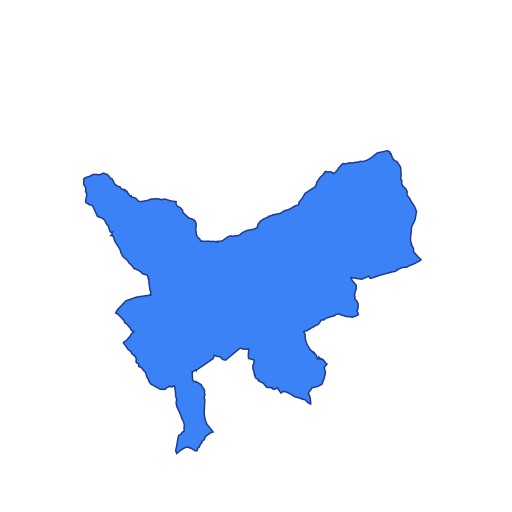 Chirpar, Sibiu, Romania (orthographic projection), rotated 239°
{"feature_id": "2599482B69447881154639", "entity_name": "Chirpar", "entity_type": "district", "adm_level": 2, "iso_a3": "ROU", "parent_name": "Romania", "parent_adm1": "Sibiu", "projection": "orthographic", "projection_center": [24.592, 45.895], "detail": "fine", "context": "isolated", "style": "filled", "palette": "blue", "viewbox_px": 512, "rotation_deg": 239, "n_neighbors": 0, "source": "geoboundaries", "source_scale": "gbopen_adm2", "svg_char_len": 6147}
<svg xmlns="http://www.w3.org/2000/svg" viewBox="0 0 512 512"><g transform="rotate(239 256 256)"><path d="M278.5,422.9L281.9,413.0L280.8,404.6L280.9,400.5L281.8,396.4L282.9,395.1L283.6,393.5L283.9,391.5L284.9,390.1L286.1,386.4L287.8,384.0L288.1,383.1L288.0,382.8L289.5,379.0L290.5,378.2L290.0,375.8L288.7,371.8L288.0,370.6L287.0,367.9L287.0,366.5L286.6,364.9L288.5,364.3L289.8,363.3L291.5,360.0L292.7,359.4L292.5,358.0L291.7,357.3L291.8,356.5L291.2,355.5L290.0,350.3L289.2,349.2L287.8,345.9L286.8,345.3L284.7,341.9L284.8,339.4L284.4,330.3L281.8,325.8L280.0,320.6L278.5,319.4L277.9,318.4L278.8,315.5L278.9,308.6L279.4,306.0L280.2,304.1L280.0,299.0L280.7,296.6L281.6,294.9L281.5,293.7L282.7,291.9L282.5,291.0L283.4,287.7L283.3,284.8L283.8,281.7L283.6,278.1L283.1,276.0L281.9,273.8L279.9,271.8L279.8,269.4L280.6,266.3L282.4,262.0L283.0,257.3L282.9,255.0L282.4,253.0L282.7,251.2L284.0,248.6L285.0,246.0L286.1,245.0L286.6,243.9L286.9,241.5L286.3,234.6L289.0,229.2L288.4,229.4L290.4,227.2L291.7,224.7L292.8,223.5L294.3,221.0L294.9,219.5L296.3,218.0L296.9,216.4L299.7,216.5L302.5,215.6L305.0,215.9L310.5,218.4L311.8,219.7L314.7,221.4L317.9,221.8L320.5,220.4L323.3,217.9L330.6,215.8L331.9,216.0L332.8,216.6L334.7,216.4L336.7,215.9L338.8,214.4L340.2,214.1L342.5,214.5L343.8,215.6L346.5,211.9L351.6,207.3L352.3,206.1L352.8,204.1L354.5,202.7L356.3,200.2L358.7,195.7L359.2,193.9L359.2,192.6L360.2,189.8L361.9,185.4L363.2,183.6L367.4,182.7L371.4,179.3L371.8,179.7L371.8,179.4L372.4,179.0L373.9,178.6L374.3,178.8L374.3,178.6L375.5,178.3L375.8,178.6L378.1,178.7L378.5,178.2L379.3,178.0L379.1,177.7L380.2,177.9L380.7,177.4L380.6,176.9L381.0,176.7L380.8,176.5L381.6,176.3L383.0,175.1L385.6,175.0L386.4,173.6L388.5,172.8L389.7,171.9L396.2,172.4L397.5,171.2L401.0,171.0L402.6,170.5L403.6,169.2L405.1,168.5L405.6,167.8L406.1,163.8L408.7,160.4L409.9,157.9L409.9,154.8L411.0,150.5L410.8,148.1L406.0,145.1L403.2,145.4L400.5,144.3L398.8,143.0L396.9,143.2L394.2,141.3L390.8,138.2L389.2,137.7L387.1,139.0L386.0,139.3L385.1,140.6L383.0,141.8L371.5,140.5L367.8,143.6L364.8,144.7L359.7,144.4L358.8,144.5L358.2,145.0L352.5,143.5L351.4,143.6L350.6,144.5L350.5,145.0L350.2,144.4L348.6,144.0L348.6,143.3L348.1,143.1L348.2,142.4L346.9,143.5L345.8,143.7L341.2,142.6L331.3,142.8L328.5,141.9L323.8,141.7L318.7,143.5L315.1,143.6L312.8,144.5L307.6,145.1L307.3,146.0L305.8,146.7L303.4,148.4L302.4,148.6L301.5,149.3L299.5,149.4L296.1,152.5L294.8,152.9L292.1,152.2L292.0,151.9L290.5,152.1L289.7,151.2L288.6,150.6L281.2,147.5L279.4,147.4L277.8,146.0L276.7,145.9L282.3,132.4L284.6,121.5L281.6,110.7L280.7,108.3L279.3,106.3L277.6,107.5L273.2,108.7L268.7,109.6L266.4,109.2L264.2,110.2L258.6,111.1L256.6,110.9L254.2,112.5L253.9,112.1L253.8,110.0L251.9,106.1L250.2,101.0L250.4,98.7L249.8,97.5L244.6,98.2L241.8,98.2L238.3,99.6L236.5,99.2L232.2,100.8L229.5,100.4L226.9,98.5L225.4,98.9L224.0,99.9L221.8,98.5L219.3,100.3L215.5,100.7L213.2,101.4L207.9,100.0L206.6,100.4L204.4,99.8L200.6,99.8L191.0,105.4L188.4,109.7L189.1,111.0L188.8,113.7L189.2,114.8L187.3,115.8L186.7,119.2L186.4,119.2L179.7,116.4L177.4,115.0L174.0,114.2L171.4,112.0L168.1,110.6L159.5,109.7L154.8,108.7L152.2,108.7L148.1,107.6L146.0,105.9L143.1,104.4L142.8,101.7L141.8,99.8L142.0,97.4L141.3,96.5L132.1,88.4L130.9,87.0L127.5,86.3L128.1,90.3L128.5,91.2L128.2,92.3L128.4,95.1L128.0,97.9L126.6,99.9L125.3,100.4L125.1,101.1L120.3,103.6L119.5,105.2L121.5,107.4L121.3,108.7L123.6,111.9L123.5,112.7L123.8,113.3L124.9,114.1L124.8,114.7L125.2,115.2L125.2,116.9L127.1,119.6L127.7,122.4L127.5,123.8L128.0,125.1L127.3,128.6L137.5,127.3L140.4,127.8L144.7,129.1L148.9,131.2L159.3,138.2L160.9,138.3L162.3,139.5L163.1,140.7L165.3,141.3L167.1,142.6L168.5,142.9L171.7,142.5L173.8,142.8L179.5,139.8L179.6,138.9L180.2,137.9L181.1,138.1L182.0,137.7L187.3,140.3L188.5,141.3L189.5,141.4L189.3,145.6L188.3,145.8L188.9,146.3L190.1,166.4L192.5,169.1L190.9,170.1L188.1,173.2L186.7,173.8L185.7,173.7L184.2,174.4L182.4,176.3L185.1,193.9L185.1,195.2L184.8,195.8L183.0,196.7L179.8,201.9L175.3,198.5L172.0,196.8L169.6,199.3L167.5,200.9L164.7,198.4L163.7,196.8L161.1,195.4L159.1,195.0L158.3,194.5L157.1,194.4L154.4,193.3L154.0,193.7L153.8,193.2L152.0,193.0L151.0,193.0L149.2,194.4L148.1,193.9L147.2,194.0L146.3,194.9L142.9,196.8L137.9,197.5L137.3,198.7L136.4,199.4L136.2,200.5L135.0,201.1L134.9,202.1L133.7,201.8L132.7,202.4L132.0,204.1L132.3,205.2L132.2,206.3L125.7,206.8L125.8,209.9L123.6,212.1L119.9,214.5L115.3,216.8L111.4,220.6L109.6,221.7L107.6,224.0L103.7,224.9L101.0,226.5L102.3,227.5L107.7,229.8L111.5,230.2L114.1,236.3L112.4,241.7L112.1,246.4L115.9,251.3L119.9,255.2L120.7,255.7L125.3,257.0L126.8,261.2L127.9,260.6L129.8,260.6L133.5,259.8L133.7,259.2L135.4,258.1L136.6,257.9L135.6,257.5L135.1,258.1L134.2,258.3L136.0,256.6L135.8,255.9L136.6,255.7L137.4,256.3L140.5,256.1L140.7,256.5L142.4,255.6L142.7,255.8L142.5,256.1L143.0,256.2L144.3,255.7L144.3,255.3L147.3,254.5L147.6,254.1L148.1,254.0L149.2,254.4L149.9,254.1L153.8,254.2L158.6,255.2L163.9,257.8L166.5,257.9L166.5,258.9L165.7,261.4L166.0,263.5L165.6,264.1L165.9,265.9L165.6,268.3L165.7,271.7L165.3,273.5L165.5,274.7L167.1,278.2L167.3,279.9L166.2,281.1L166.7,284.0L164.7,291.6L164.4,291.9L164.6,295.0L164.1,296.5L157.6,302.3L154.8,306.3L153.9,306.8L153.0,311.5L153.0,313.2L153.8,313.9L157.3,314.4L158.1,316.1L162.0,318.8L164.7,319.2L168.6,318.7L170.3,320.0L172.3,320.6L176.3,325.0L179.2,326.8L185.7,325.8L188.6,326.3L181.6,334.7L180.7,342.2L178.0,342.4L177.5,343.8L175.6,352.7L172.1,365.0L171.4,366.7L171.0,369.2L171.3,369.6L171.4,370.7L170.6,376.1L168.7,379.7L168.7,382.2L167.8,388.0L167.6,395.6L167.4,395.8L171.4,394.5L176.4,393.7L178.1,393.1L181.7,395.0L184.7,394.8L185.2,395.3L185.8,395.0L186.7,395.6L189.9,396.5L194.2,399.4L196.2,401.2L199.5,403.3L201.4,405.1L204.0,409.5L205.6,411.4L211.5,416.5L216.7,417.4L222.7,417.1L226.3,417.4L230.0,416.8L230.8,417.0L233.3,418.7L236.1,419.0L237.5,418.5L238.3,418.6L239.7,417.9L242.5,418.1L243.7,418.4L245.0,419.7L247.8,419.9L250.4,422.0L257.2,425.5L259.0,425.7L264.5,425.4L265.2,424.6L267.1,423.8L269.3,423.4L273.9,424.3L273.9,424.0L274.7,424.1L275.2,423.7L275.8,424.3L276.4,424.3L278.5,422.9Z" fill="#3b82f6" stroke="#1e3a8a" stroke-width="1.5"/></g></svg>